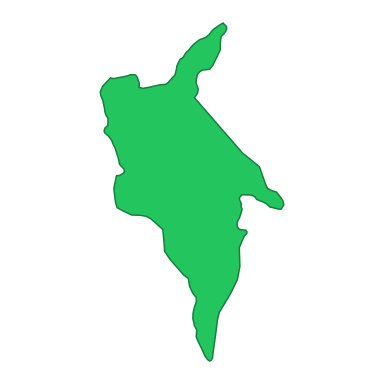 Nana-Bakassa, Ouham, Central African Republic
{"feature_id": "33826404B64832249251388", "entity_name": "Nana-Bakassa", "entity_type": "district", "adm_level": 2, "iso_a3": "CAF", "parent_name": "Central African Republic", "parent_adm1": "Ouham", "projection": "robinson", "projection_center": [17.392, 6.939], "detail": "fine", "context": "isolated", "style": "filled", "palette": "green", "viewbox_px": 384, "rotation_deg": 0, "n_neighbors": 0, "source": "geoboundaries", "source_scale": "gbopen_adm2", "svg_char_len": 2161}
<svg xmlns="http://www.w3.org/2000/svg" viewBox="0 0 384 384"><path d="M110.6,77.8L102.5,86.4L100.2,92.2L100.9,95.9L102.9,100.4L103.4,103.3L104.6,108.8L104.8,111.2L105.7,114.6L108.0,118.5L108.0,120.9L107.8,125.4L105.0,128.0L104.1,130.9L104.6,132.8L108.3,135.9L109.7,137.7L111.8,140.6L113.4,144.9L115.2,148.3L116.4,152.2L117.3,154.9L118.7,159.6L119.2,163.0L120.1,165.1L122.6,167.5L124.0,169.1L124.3,172.0L122.9,173.5L119.6,175.4L116.5,175.7L113.8,188.4L115.5,202.3L117.1,207.6L122.9,210.9L131.6,215.0L140.4,215.3L146.2,216.3L150.8,218.8L155.8,223.2L162.8,229.5L164.0,242.3L164.6,251.3L170.2,259.6L183.4,274.7L188.3,278.5L189.6,286.4L192.9,293.4L196.3,297.6L196.3,302.0L194.5,306.7L193.0,313.5L192.9,318.7L194.4,325.6L196.6,329.6L196.6,332.0L196.2,336.7L197.6,340.4L203.3,352.0L204.8,355.7L207.4,359.4L209.4,361.0L210.7,360.6L211.6,359.8L212.6,357.8L212.6,356.9L213.5,349.8L216.0,331.7L217.5,319.7L219.3,312.3L230.3,294.1L237.4,279.5L239.9,266.5L239.3,247.6L243.2,238.4L244.5,236.0L245.4,235.0L246.9,233.2L246.9,231.5L245.7,230.1L243.9,230.0L240.4,229.5L239.2,229.3L237.4,226.8L237.1,223.7L237.7,221.2L238.7,219.2L239.9,216.7L241.3,212.1L242.1,209.1L241.0,206.2L241.4,203.9L240.7,202.2L239.5,199.8L239.6,197.5L242.0,194.9L244.5,194.8L246.7,194.9L249.6,194.9L252.1,195.4L254.5,196.6L256.8,199.5L261.1,201.3L264.0,202.3L266.9,204.2L270.0,207.1L273.1,207.7L278.2,209.1L281.2,209.2L283.8,204.9L283.1,201.2L280.9,197.6L276.3,191.9L275.2,191.7L271.5,190.4L267.5,188.5L265.7,184.6L259.4,166.7L242.5,153.0L194.5,97.8L197.5,93.3L198.2,89.1L196.1,83.0L196.3,79.6L197.5,74.3L199.8,71.7L202.4,70.1L206.8,69.6L209.8,69.1L213.0,65.1L220.2,50.1L220.4,42.8L221.1,36.5L224.2,33.6L226.5,29.9L226.5,26.5L223.0,23.0L218.6,25.7L214.4,28.6L212.1,30.7L209.1,34.6L206.1,37.2L202.4,38.8L200.1,39.4L196.8,41.7L193.6,44.4L191.0,47.2L188.2,50.7L186.4,52.2L185.0,54.1L183.6,56.7L182.4,58.0L180.1,59.3L178.3,62.8L176.9,65.9L176.2,70.1L175.0,74.9L167.6,83.0L165.8,84.3L159.3,84.9L149.3,87.2L143.3,88.3L139.1,87.5L139.3,83.3L137.0,76.7L135.4,74.9L133.1,74.6L130.8,74.6L127.3,75.9L124.0,76.7L119.2,77.5L115.2,78.3L112.9,78.6L110.6,77.8Z" fill="#22c55e" stroke="#15803d" stroke-width="1.5"/></svg>